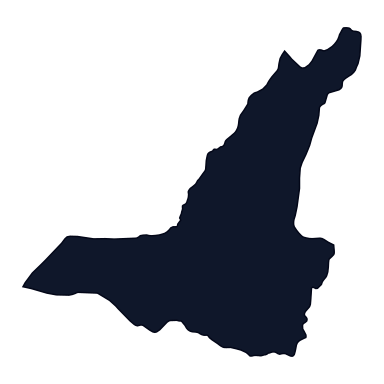 the district of Génova, Quezaltenango, Guatemala
{"feature_id": "79465075B90055848837962", "entity_name": "Génova", "entity_type": "district", "adm_level": 2, "iso_a3": "GTM", "parent_name": "Guatemala", "parent_adm1": "Quezaltenango", "projection": "orthographic", "projection_center": [-91.832, 14.588], "detail": "fine", "context": "isolated", "style": "filled", "palette": "ink", "viewbox_px": 384, "rotation_deg": 0, "n_neighbors": 0, "source": "geoboundaries", "source_scale": "gbopen_adm2", "svg_char_len": 5119}
<svg xmlns="http://www.w3.org/2000/svg" viewBox="0 0 384 384"><path d="M23.0,286.7L31.2,288.5L47.0,293.1L56.3,294.8L69.0,295.1L72.4,294.4L75.2,293.4L76.8,292.6L78.1,292.3L96.0,293.0L97.4,293.1L98.2,293.5L109.6,300.4L115.8,306.0L118.2,308.7L130.1,320.9L134.1,324.3L135.5,325.2L137.4,325.8L139.4,325.3L141.0,324.9L143.0,325.3L149.9,330.2L152.9,331.9L154.8,332.3L156.6,331.9L159.7,329.8L167.1,322.1L168.9,320.9L170.2,320.5L176.8,320.3L179.1,320.9L181.2,321.0L182.3,322.0L183.1,323.1L184.9,325.2L185.9,326.9L186.3,327.7L187.0,328.6L188.1,329.8L189.6,330.8L190.4,331.2L192.1,331.7L193.0,331.8L194.4,331.9L195.6,332.0L196.8,332.2L197.7,332.4L198.7,332.8L200.2,333.8L201.0,334.2L202.0,334.7L203.2,335.0L204.1,335.2L205.2,335.2L206.5,335.1L207.8,335.4L208.8,336.8L209.5,337.7L210.3,338.4L211.2,339.1L211.9,339.7L217.7,343.6L218.7,344.4L220.2,345.5L220.9,346.0L221.7,346.4L222.5,346.9L224.0,347.4L226.2,347.5L230.7,347.4L233.2,348.0L236.6,348.8L240.9,350.0L246.1,352.4L247.6,353.6L250.1,356.0L251.8,356.0L253.7,355.5L254.7,355.4L255.6,355.4L256.7,355.4L257.7,355.5L258.7,355.5L259.8,355.7L261.2,355.7L262.7,355.3L264.3,354.8L265.6,354.7L267.1,354.0L268.4,353.0L269.3,353.0L270.6,352.5L271.5,352.2L272.8,351.9L273.8,351.9L274.7,352.0L275.5,352.2L276.8,352.9L278.1,353.7L279.7,354.2L281.2,353.8L283.0,353.5L284.2,353.5L285.1,353.6L285.9,353.8L287.0,354.4L288.2,354.9L289.4,355.5L290.6,356.0L292.1,356.2L293.0,355.9L293.8,355.1L294.3,354.4L294.6,353.3L295.1,351.5L295.5,349.7L295.9,347.6L296.2,346.0L296.4,345.0L297.0,343.5L297.4,342.7L298.0,342.0L299.0,341.0L300.3,340.1L302.5,339.0L304.1,338.2L305.8,337.5L306.0,336.6L305.9,335.0L305.3,333.8L304.1,331.4L303.4,330.2L302.7,329.0L302.5,325.6L302.8,324.4L303.4,323.5L304.2,323.0L305.1,322.4L305.8,321.8L306.7,321.0L307.0,319.8L307.0,318.9L306.5,317.8L306.0,317.1L305.3,316.4L304.5,315.4L304.4,314.4L304.5,313.4L305.0,312.2L305.7,311.1L307.2,309.4L307.9,308.6L308.6,307.8L309.5,306.7L310.0,305.4L310.3,304.5L310.4,303.7L310.6,301.4L310.8,298.8L311.3,290.9L311.5,288.0L312.6,287.2L313.5,287.4L314.6,287.9L315.8,288.5L317.5,288.3L318.7,287.1L320.0,285.8L320.9,285.0L321.6,284.0L321.9,282.7L322.6,281.3L323.6,279.9L324.8,278.4L325.6,277.5L326.1,276.7L326.6,275.8L326.9,274.8L327.5,272.9L327.8,271.7L327.9,270.6L328.1,268.9L328.3,267.0L328.5,262.6L328.6,261.7L328.7,260.8L328.8,260.0L329.2,259.0L330.7,257.6L331.9,256.5L333.0,255.3L333.6,254.7L334.0,253.9L334.2,252.9L334.2,251.4L334.1,249.8L333.8,246.6L333.7,245.0L328.3,242.3L324.1,239.6L322.1,238.6L320.1,238.2L312.6,238.7L309.6,238.6L306.4,238.0L303.8,237.3L302.5,236.7L301.2,235.6L298.8,233.1L296.5,230.2L294.2,226.7L293.6,224.4L293.6,221.9L293.9,219.7L295.2,215.5L297.0,206.8L299.5,188.4L299.5,178.0L300.2,168.1L302.1,162.4L304.7,157.0L305.9,154.5L307.8,149.9L309.7,145.1L311.7,137.9L317.1,123.2L318.8,115.3L319.4,107.8L319.9,106.6L321.1,105.4L322.6,104.3L324.1,103.6L324.9,102.8L327.3,94.6L328.0,93.6L328.8,92.8L339.0,89.8L340.8,88.5L341.7,87.3L342.1,86.0L342.2,84.5L342.4,82.3L342.9,80.8L344.2,79.4L345.8,78.1L349.1,75.9L351.4,74.5L353.7,72.3L355.3,70.1L356.5,66.9L358.0,63.6L359.8,55.9L360.9,39.8L361.0,36.5L360.6,34.2L359.9,33.0L358.7,32.1L356.0,31.4L353.3,31.2L351.9,30.6L350.8,29.6L350.2,28.8L349.0,28.1L346.6,27.8L345.1,27.8L343.4,28.0L342.5,29.2L341.6,30.8L340.7,32.6L339.6,34.5L339.0,36.6L337.8,39.6L336.4,41.8L334.5,44.2L332.2,46.5L330.0,48.0L327.7,49.6L325.6,50.4L324.7,50.8L323.3,50.8L321.2,50.0L319.2,49.8L317.9,50.3L312.0,61.2L309.1,64.8L304.9,67.8L302.1,68.1L300.0,67.0L291.6,59.1L290.0,57.1L284.6,51.1L282.2,54.7L280.2,58.4L279.7,60.5L279.0,63.8L278.5,67.7L278.1,69.2L277.0,71.0L275.5,72.7L271.9,76.9L270.3,79.1L269.0,81.0L267.8,83.1L266.9,84.9L262.8,89.1L257.3,92.1L255.9,92.5L254.2,93.1L251.4,95.3L249.3,97.6L248.8,98.8L248.3,100.2L248.0,102.4L247.9,104.0L243.9,110.4L240.5,115.2L239.3,118.5L239.0,120.2L238.6,123.9L238.3,125.7L237.7,127.9L237.0,129.4L236.2,130.9L235.4,132.1L234.3,133.3L229.2,137.6L227.0,139.4L226.1,140.3L225.4,141.3L225.0,142.6L224.5,144.1L224.1,145.0L223.1,146.1L222.0,146.7L220.6,146.9L217.7,149.1L216.5,149.5L215.5,149.3L214.2,149.2L213.3,150.0L212.9,150.8L212.2,151.3L211.1,151.7L209.8,152.2L208.6,153.1L207.8,154.1L207.4,155.3L207.0,157.0L206.3,160.6L206.0,165.2L205.7,168.9L205.5,169.9L204.9,171.1L202.8,173.9L200.7,176.9L198.9,179.4L197.7,180.5L196.5,182.8L195.6,184.2L194.9,184.8L194.1,185.5L193.4,186.1L191.6,187.5L190.6,188.2L190.0,188.8L189.2,189.9L188.4,191.3L188.3,192.2L188.5,193.6L188.6,194.6L188.4,196.9L188.2,198.0L187.9,199.0L187.3,200.7L187.1,201.5L186.4,203.1L185.6,204.0L184.3,204.7L183.1,205.3L182.5,206.0L182.5,207.4L182.6,208.7L182.4,209.7L182.0,211.0L181.7,212.0L181.4,213.7L180.2,216.5L179.7,218.0L180.4,219.2L180.7,220.3L179.6,221.6L177.8,224.1L177.4,226.1L176.8,226.7L175.2,226.8L173.1,226.8L170.8,227.9L169.3,229.8L167.2,231.8L164.9,233.3L162.8,234.0L159.3,235.0L155.5,235.5L151.6,235.8L149.1,235.6L146.6,235.0L143.1,235.2L140.3,235.7L138.5,237.2L136.4,238.2L114.3,239.1L105.2,238.7L93.6,238.9L77.4,236.5L70.1,236.3L67.1,236.9L65.0,238.8L61.7,243.2L45.5,260.2L41.4,264.3L32.4,273.0L25.2,282.7L23.0,286.7Z" fill="#0f172a" stroke="#020617" stroke-width="1.5"/></svg>